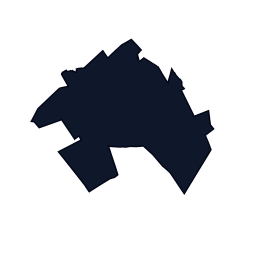 Mier y Noriega, Nuevo León, Mexico (orthographic projection), rotated 43°
{"feature_id": "50627088B47586163134003", "entity_name": "Mier y Noriega", "entity_type": "district", "adm_level": 2, "iso_a3": "MEX", "parent_name": "Mexico", "parent_adm1": "Nuevo León", "projection": "orthographic", "projection_center": [-100.208, 23.402], "detail": "fine", "context": "isolated", "style": "filled", "palette": "ink", "viewbox_px": 256, "rotation_deg": 43, "n_neighbors": 0, "source": "geoboundaries", "source_scale": "gbopen_adm2", "svg_char_len": 3291}
<svg xmlns="http://www.w3.org/2000/svg" viewBox="0 0 256 256"><g transform="rotate(43 128 128)"><path d="M203.4,87.2L202.6,86.9L196.6,83.9L189.4,80.7L191.2,70.3L186.0,69.5L180.8,65.3L180.3,64.7L175.1,60.5L168.4,74.4L141.0,64.0L142.3,60.9L141.5,60.7L140.3,60.8L138.5,60.4L137.5,59.3L135.9,57.6L133.4,56.9L131.6,57.2L128.5,56.9L126.5,56.6L125.2,56.1L124.7,56.0L124.3,55.9L124.2,56.0L123.8,56.1L123.6,56.1L122.0,55.6L121.7,55.5L121.4,55.4L120.9,55.3L120.6,55.2L120.1,55.1L119.7,55.0L122.6,60.2L125.2,65.4L125.6,66.1L126.6,68.0L114.6,64.8L114.6,64.7L114.0,64.5L113.5,64.4L113.3,64.3L112.0,63.9L111.9,63.9L111.7,63.8L110.8,63.6L110.6,63.5L109.5,63.2L109.0,63.1L108.6,62.9L108.5,63.2L106.1,63.2L104.8,63.5L101.4,64.2L100.3,64.4L99.3,64.6L99.2,64.6L98.9,64.6L98.5,64.7L98.1,64.8L97.7,64.9L97.4,64.9L97.0,65.0L96.6,65.1L96.2,65.2L95.5,65.3L94.7,65.5L94.1,65.6L93.9,65.6L93.7,65.7L93.0,65.8L92.8,65.8L92.7,65.9L92.1,66.0L91.8,66.0L91.7,67.1L91.0,71.9L90.9,71.8L87.3,69.5L87.1,69.6L87.1,70.6L86.2,70.0L86.4,69.4L86.5,69.0L84.7,67.8L84.5,67.7L84.5,66.6L84.5,65.9L84.4,65.0L84.4,63.4L84.4,62.0L78.3,61.5L70.1,61.0L69.7,62.2L69.3,63.5L68.0,67.8L66.8,71.6L66.3,78.3L66.2,79.1L66.1,79.9L66.1,80.7L65.9,83.8L65.8,84.5L65.8,85.1L65.8,85.5L65.5,90.7L56.9,88.7L55.4,108.8L55.2,111.6L55.1,112.9L55.0,113.3L55.2,113.5L55.5,113.8L55.1,114.1L54.5,114.9L54.4,114.9L54.3,115.1L54.0,115.4L53.2,115.9L52.9,116.3L53.0,116.5L52.8,116.8L52.4,117.0L52.5,117.6L52.4,117.6L51.9,117.7L51.5,117.8L51.3,118.1L51.2,118.2L51.1,118.5L50.8,118.9L50.2,119.9L50.3,119.9L51.0,119.9L51.3,120.5L51.2,120.8L51.0,121.0L51.2,121.6L51.5,121.7L51.6,122.0L52.0,122.1L51.9,122.7L51.9,123.1L51.5,123.4L50.1,123.4L49.8,123.7L48.5,123.9L48.7,124.3L47.0,125.2L46.6,126.0L46.3,126.6L46.0,127.1L45.9,127.1L45.2,127.7L44.7,128.5L44.4,128.6L43.5,128.0L43.1,128.9L43.3,129.1L42.9,129.8L42.7,130.5L42.9,130.5L42.8,131.2L42.6,131.1L42.1,132.0L42.4,132.9L42.7,133.9L42.8,134.0L50.3,136.4L53.9,137.5L54.1,137.6L54.8,137.8L56.1,138.2L52.8,142.7L52.1,143.7L50.9,145.7L50.8,145.9L50.8,146.0L49.0,175.2L49.2,175.9L52.8,189.1L55.1,187.4L62.8,188.3L72.5,169.6L73.7,167.2L74.5,167.3L96.4,172.4L96.6,172.5L96.7,171.5L96.9,170.7L97.1,169.2L97.2,168.5L97.2,168.0L97.4,167.3L97.9,167.4L98.2,167.5L99.5,167.9L102.0,168.6L101.8,169.2L101.1,171.1L100.8,172.0L100.1,173.9L99.7,175.1L99.4,175.8L99.2,176.4L99.2,176.5L98.5,178.6L98.0,179.9L97.8,180.5L97.3,181.9L97.0,182.7L96.5,184.1L93.4,192.8L100.4,193.8L108.9,195.1L111.7,195.5L114.4,195.9L115.4,196.1L115.8,196.1L116.7,196.3L118.9,196.6L123.0,197.2L125.2,197.6L128.1,198.0L129.7,198.2L129.8,198.3L132.1,198.7L135.0,199.1L142.3,200.9L143.1,201.0L143.2,200.3L146.0,189.4L149.4,177.1L151.8,173.2L152.4,169.2L148.5,167.0L146.8,166.0L141.3,163.0L133.6,158.8L132.8,158.4L132.1,158.0L130.1,156.8L128.7,156.1L128.1,155.8L127.5,155.4L126.1,154.7L130.4,151.2L133.7,148.5L135.6,146.9L136.5,145.6L137.4,145.1L137.8,144.7L138.4,144.2L139.3,143.4L139.6,143.1L142.1,139.9L146.8,135.8L146.9,135.7L151.5,130.6L164.5,130.5L169.1,131.0L170.7,131.2L179.4,132.2L180.6,132.1L184.3,131.9L184.8,131.9L186.0,131.9L187.9,131.9L188.0,131.9L189.9,132.0L195.4,133.3L208.5,136.4L208.9,136.5L213.9,137.6L212.8,132.4L211.5,126.2L211.4,125.8L211.1,124.1L210.1,119.5L204.1,90.2L203.4,87.2Z" fill="#0f172a" stroke="#020617" stroke-width="1.5"/></g></svg>